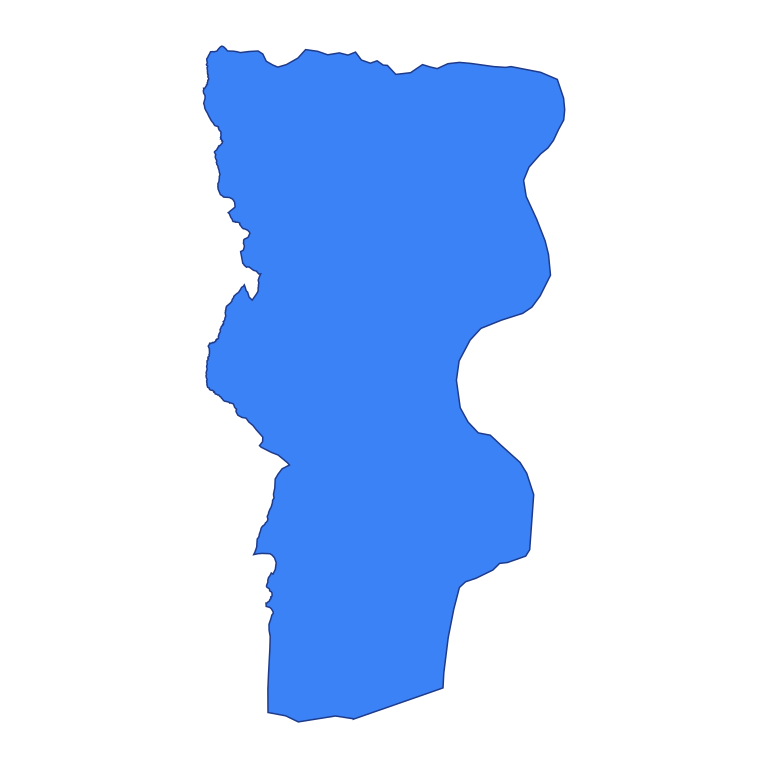 the district of Kwahu Afram Plains North, Eastern, Ghana
{"feature_id": "2480657B6837938265733", "entity_name": "Kwahu Afram Plains North", "entity_type": "district", "adm_level": 2, "iso_a3": "GHA", "parent_name": "Ghana", "parent_adm1": "Eastern", "projection": "natural_earth1", "projection_center": [-0.105, 6.867], "detail": "fine", "context": "isolated", "style": "filled", "palette": "blue", "viewbox_px": 768, "rotation_deg": 0, "n_neighbors": 0, "source": "geoboundaries", "source_scale": "gbopen_adm2", "svg_char_len": 6042}
<svg xmlns="http://www.w3.org/2000/svg" viewBox="0 0 768 768"><path d="M443.0,687.9L443.8,673.0L448.2,637.6L453.8,609.1L459.4,587.5L465.5,581.8L476.1,578.2L492.9,570.0L499.6,563.4L507.5,562.5L525.7,556.1L529.7,549.7L533.7,494.7L526.7,473.2L520.0,462.4L500.5,444.8L490.3,435.2L478.3,432.9L468.1,422.1L460.2,407.7L456.4,380.2L459.1,360.9L470.1,340.1L480.9,328.4L501.6,320.1L522.8,313.3L531.9,307.1L540.2,295.8L550.5,275.2L548.5,254.5L545.1,240.8L536.6,219.1L526.2,196.5L523.6,180.3L529.0,167.1L540.6,153.9L547.9,148.0L553.4,140.5L558.7,129.2L563.7,120.0L564.7,109.8L563.6,98.2L557.3,79.4L540.6,72.3L511.0,66.6L505.6,67.4L493.8,66.6L470.7,63.4L459.4,62.4L447.9,63.7L437.2,68.6L430.3,67.0L422.5,64.6L410.6,72.7L395.8,74.4L387.4,65.4L383.2,65.1L377.1,60.8L370.3,63.2L361.4,60.0L355.5,52.1L348.0,55.1L339.4,52.9L327.7,54.8L317.6,51.3L305.6,49.6L297.9,58.1L286.4,64.6L278.2,67.0L277.5,67.0L272.6,64.9L266.3,61.3L262.8,54.0L258.1,51.0L249.2,51.5L240.3,52.6L236.8,51.7L233.6,51.2L228.2,51.0L227.3,50.7L225.7,48.7L223.6,46.8L221.8,46.1L220.3,47.0L218.1,49.4L216.9,51.1L213.9,51.8L212.8,51.6L210.5,51.8L209.4,54.2L208.6,55.4L207.9,57.1L206.7,59.0L207.0,61.6L207.4,62.4L207.0,63.8L206.7,64.0L206.4,64.7L206.7,65.3L207.6,65.9L207.6,66.9L207.0,67.8L207.2,68.2L207.2,69.1L207.5,69.8L207.4,71.4L207.7,71.9L207.4,73.0L207.7,73.6L207.7,74.5L208.2,74.8L208.3,75.0L207.8,76.8L208.5,77.9L208.7,79.0L208.5,79.6L207.8,80.2L207.8,81.5L207.2,82.9L207.5,84.0L206.4,85.0L206.6,85.7L205.4,87.1L205.1,87.8L204.4,88.4L203.6,88.3L203.8,89.5L203.3,90.7L203.6,93.0L205.1,95.7L205.0,98.8L204.3,101.0L203.7,103.5L204.4,105.4L204.8,108.1L205.7,110.2L207.4,113.1L208.8,116.1L211.3,120.7L212.9,122.6L214.6,125.3L214.9,125.6L218.1,126.6L218.1,127.0L218.6,127.8L218.5,128.5L218.9,129.1L218.9,129.6L220.0,131.0L220.5,131.3L221.0,132.2L221.0,132.7L220.8,133.1L221.1,135.6L220.8,136.2L220.8,137.1L220.5,137.4L220.9,138.0L220.6,139.0L221.3,139.0L221.7,140.3L222.1,140.6L221.9,140.9L222.3,141.0L222.7,141.4L222.3,141.9L222.3,143.0L222.1,143.4L221.4,143.9L220.5,145.2L218.8,145.9L218.7,146.0L219.0,146.2L218.7,146.4L218.7,146.8L217.7,147.8L217.7,148.3L217.5,148.6L217.2,148.7L217.1,149.5L214.6,151.6L214.4,152.2L215.8,154.8L215.3,156.0L215.3,157.5L215.9,159.1L216.7,160.1L216.5,160.8L216.7,161.8L216.3,162.5L216.9,163.7L216.8,164.4L217.6,165.4L218.0,166.4L218.0,167.2L219.2,170.8L219.3,172.2L220.0,174.4L219.3,176.6L219.3,178.8L219.0,180.0L219.1,181.2L217.9,183.7L218.0,186.4L217.8,186.9L218.1,187.7L218.1,189.0L220.4,194.6L222.9,196.2L223.2,196.8L223.8,197.1L229.5,197.5L232.7,199.2L234.6,202.2L235.1,206.7L234.7,207.4L228.2,212.7L229.3,213.6L230.8,217.4L232.1,219.2L232.8,221.2L233.2,221.6L235.0,221.4L235.3,221.8L235.3,222.2L237.8,222.2L239.8,223.1L239.8,224.7L240.4,225.3L242.0,227.6L243.4,228.8L244.3,228.7L247.7,230.3L249.2,231.8L250.0,233.5L249.4,234.2L248.5,236.6L248.1,237.2L246.5,238.2L244.4,239.1L243.7,240.0L243.5,243.6L244.3,245.3L244.2,247.3L243.2,250.3L240.6,251.6L242.8,263.3L243.9,264.4L244.2,265.2L246.5,267.2L247.0,266.9L249.1,267.0L253.5,270.3L256.3,271.1L258.8,274.0L260.7,273.9L259.4,276.7L258.2,280.1L258.8,283.1L258.4,285.1L258.5,286.8L258.1,287.7L258.2,290.4L257.7,291.9L256.4,294.1L252.2,300.1L249.1,297.1L247.6,292.1L246.4,291.0L245.9,289.8L245.3,287.6L244.3,284.9L243.4,286.3L241.6,287.4L240.6,289.3L238.9,291.9L238.0,292.9L236.8,293.6L233.9,296.2L233.5,297.8L232.5,299.0L232.1,299.9L231.8,301.3L230.2,303.2L226.5,306.3L225.9,308.6L226.0,309.3L225.4,310.8L225.6,311.6L225.2,312.5L225.7,315.7L225.6,316.7L225.0,317.8L224.8,319.6L224.3,320.6L223.2,321.7L223.6,322.1L223.6,323.1L222.6,324.7L223.1,324.8L221.2,326.8L220.8,328.4L220.4,328.8L220.0,329.8L220.4,331.0L220.1,332.2L219.0,333.9L218.8,335.4L218.3,336.1L218.6,337.8L217.6,339.2L216.9,339.0L216.4,340.0L215.9,340.0L215.6,341.4L214.1,342.2L213.8,342.7L213.1,342.7L212.8,342.4L210.9,343.4L210.0,343.1L209.9,343.8L209.5,343.8L209.1,344.8L208.2,346.1L209.4,348.9L209.3,350.3L209.6,350.9L209.4,351.6L209.5,353.6L209.0,354.5L209.3,355.6L209.0,356.4L208.3,356.6L207.8,358.1L208.4,358.8L208.0,359.4L208.0,359.9L207.1,360.7L207.0,362.8L207.3,364.4L206.8,365.4L206.6,366.4L206.7,367.2L207.2,369.1L206.6,370.7L206.6,371.3L206.1,372.6L206.5,374.6L206.0,375.7L206.4,377.9L207.2,379.7L206.6,380.8L206.8,382.8L207.1,383.8L206.9,384.9L207.2,385.4L207.6,387.2L209.2,388.0L209.4,388.3L209.2,388.8L210.0,389.8L211.4,390.3L212.3,390.2L213.5,391.2L213.8,392.1L214.3,391.8L214.6,392.6L214.9,392.8L215.2,393.9L217.0,394.4L217.7,395.0L218.7,395.0L219.9,396.5L220.7,396.8L221.5,398.2L222.2,398.6L222.5,399.3L223.8,400.7L225.2,401.4L226.1,401.3L226.9,401.7L228.6,402.0L229.2,402.4L229.7,403.1L230.6,402.9L233.2,403.8L234.1,405.6L234.4,406.8L235.4,408.2L236.2,408.8L236.6,409.4L236.5,409.9L236.1,410.2L236.1,411.1L236.0,411.6L237.9,415.2L242.1,417.5L246.0,418.1L248.9,422.1L253.0,425.5L256.4,429.9L262.8,437.1L262.6,441.7L259.5,445.6L261.1,447.2L271.4,452.4L278.1,455.0L287.3,462.6L289.5,465.0L282.1,468.8L278.1,474.1L275.2,479.0L274.8,487.9L273.5,494.1L273.7,496.4L274.1,497.9L272.6,500.3L272.4,502.8L271.2,507.0L269.9,509.3L268.6,512.5L268.5,513.8L267.2,516.5L267.9,519.2L267.4,520.9L266.5,522.1L265.3,523.1L265.0,524.1L263.6,525.5L262.7,526.0L261.6,527.4L261.1,528.4L260.5,530.9L259.6,533.5L259.3,534.1L259.2,535.7L258.5,537.5L257.4,538.7L257.2,539.3L256.7,547.1L256.1,548.5L256.1,549.3L255.4,550.3L255.4,551.1L253.7,554.6L258.1,553.7L262.3,553.4L269.9,553.7L272.0,555.0L274.5,557.8L276.2,562.7L275.3,569.4L273.0,574.1L271.3,573.0L269.8,576.0L268.6,577.4L267.8,580.2L267.9,582.1L266.6,585.2L266.5,586.4L267.0,587.3L269.2,588.7L269.5,589.2L269.7,590.8L270.6,591.5L271.2,591.6L271.9,592.7L272.1,595.0L271.9,596.1L271.6,596.6L270.9,596.7L270.7,597.2L271.0,598.1L270.9,598.6L270.0,599.3L269.3,601.1L267.8,602.1L266.7,603.2L266.0,603.1L266.2,606.4L269.8,607.4L271.4,608.9L273.0,611.5L273.3,613.3L271.9,615.0L271.0,618.4L269.0,624.3L269.1,630.3L270.2,636.4L269.9,648.0L268.5,674.4L267.9,688.8L268.0,712.5L285.6,715.8L298.3,721.9L335.3,716.0L353.7,718.8L353.6,719.1L443.0,687.9Z" fill="#3b82f6" stroke="#1e3a8a" stroke-width="1.5"/></svg>